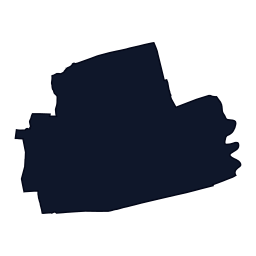 Suceveni, Galati, Romania
{"feature_id": "2599482B11072289553069", "entity_name": "Suceveni", "entity_type": "district", "adm_level": 2, "iso_a3": "ROU", "parent_name": "Romania", "parent_adm1": "Galati", "projection": "natural_earth1", "projection_center": [28.039, 45.986], "detail": "fine", "context": "isolated", "style": "filled", "palette": "ink", "viewbox_px": 256, "rotation_deg": 0, "n_neighbors": 0, "source": "geoboundaries", "source_scale": "gbopen_adm2", "svg_char_len": 4738}
<svg xmlns="http://www.w3.org/2000/svg" viewBox="0 0 256 256"><path d="M52.2,75.7L52.2,75.9L52.1,76.1L52.2,77.6L52.2,78.3L52.1,78.9L52.1,79.5L51.7,82.6L51.7,82.9L51.7,83.4L51.8,83.8L52.1,85.2L52.2,85.3L52.2,85.5L52.2,85.8L52.2,86.7L52.3,87.4L52.5,88.5L52.7,89.2L53.5,90.3L54.3,93.0L55.0,93.8L56.9,95.6L57.1,96.1L57.3,97.4L57.2,100.4L57.2,102.1L57.0,104.2L56.7,105.6L55.9,108.2L55.6,109.7L55.8,111.7L56.0,114.1L56.6,116.3L49.6,116.3L50.0,114.2L43.5,114.0L40.2,113.9L35.6,113.9L32.5,113.9L32.0,115.0L31.6,116.0L31.0,118.4L30.7,119.1L30.4,119.7L29.8,121.0L29.7,121.5L29.7,122.0L29.9,122.9L30.0,123.4L30.3,124.8L30.7,126.1L30.7,126.4L30.5,126.8L30.0,127.6L29.9,127.9L30.0,128.4L30.0,128.7L29.8,128.9L29.4,129.1L28.9,129.1L27.6,128.7L27.1,128.6L26.3,128.9L25.7,129.4L25.3,129.8L25.1,130.2L23.4,130.2L20.0,130.3L18.6,130.2L17.0,130.0L16.5,129.9L16.4,130.7L15.4,138.2L15.4,138.3L16.4,138.3L18.1,138.4L18.5,138.5L20.1,138.6L20.5,138.6L22.2,138.7L22.4,138.7L23.0,138.7L24.7,147.4L25.6,152.0L25.7,152.6L25.6,152.9L25.4,157.9L25.5,158.2L25.4,158.4L25.3,158.9L25.2,159.3L25.1,161.9L24.9,165.4L24.9,166.3L24.8,166.8L22.7,174.7L21.7,178.4L21.6,178.9L21.6,179.2L21.7,179.4L22.3,182.8L23.2,187.3L24.1,191.7L24.4,191.6L27.7,191.4L33.9,191.0L37.9,191.0L38.1,191.7L38.2,191.9L38.1,192.9L38.2,194.8L38.4,195.5L38.6,197.3L38.7,197.9L39.3,200.1L39.6,201.3L40.2,203.0L40.5,205.0L41.7,209.6L42.3,213.1L43.4,213.2L45.6,213.0L48.5,212.8L51.0,212.7L51.6,213.0L52.0,212.9L52.5,212.7L53.2,212.3L54.1,212.0L55.3,211.9L56.4,212.9L56.5,213.0L61.7,212.6L63.1,212.5L67.3,212.1L69.4,212.0L72.1,211.8L76.6,211.5L77.1,211.5L78.1,211.4L78.6,211.4L81.6,211.2L85.2,211.0L99.8,211.2L105.8,211.1L106.9,211.1L108.3,211.1L110.4,210.7L112.0,210.3L113.6,209.8L115.3,209.4L116.9,209.2L119.1,208.6L122.9,207.5L123.6,207.3L126.9,206.6L132.4,205.2L134.1,204.8L141.4,202.9L162.2,198.0L177.4,194.5L177.9,194.4L185.9,192.6L194.1,190.5L202.0,188.4L213.0,185.6L212.6,184.7L222.8,180.9L227.0,179.2L232.7,177.0L234.2,176.2L235.7,175.3L235.6,175.2L235.3,174.5L235.0,173.5L234.9,172.9L234.9,172.2L235.1,171.4L235.3,170.7L235.6,170.2L236.1,169.5L236.7,168.9L237.3,168.3L238.0,167.7L238.8,167.1L239.6,166.5L240.2,165.9L240.4,165.6L240.6,165.1L240.6,164.5L240.5,164.0L240.3,163.4L239.9,162.7L239.4,162.1L239.0,161.7L238.5,161.2L237.6,160.6L237.0,160.3L236.1,159.7L235.2,159.3L234.3,158.9L233.2,158.3L232.3,157.8L231.6,157.4L231.1,157.0L230.8,156.6L230.4,156.3L230.0,155.8L229.8,155.3L229.7,154.9L230.0,154.2L230.4,153.7L230.7,153.4L231.1,153.0L231.6,152.7L232.3,152.3L233.0,151.8L233.8,151.3L234.6,150.8L235.3,150.4L236.1,149.8L236.6,149.5L237.1,149.0L237.5,148.6L237.8,148.2L238.0,147.7L238.3,147.2L238.4,146.8L238.5,146.2L238.6,145.2L238.5,144.6L238.4,143.9L238.2,143.5L238.0,143.1L237.6,142.8L237.2,142.7L236.7,142.6L236.0,142.6L235.4,142.6L234.6,142.8L233.8,143.1L232.8,143.4L231.8,143.7L230.7,144.0L229.6,144.2L228.5,144.3L227.4,144.4L226.6,144.4L225.9,144.4L225.4,144.1L224.9,143.8L224.8,143.3L224.7,142.8L224.8,141.5L224.8,141.0L225.1,139.8L225.3,138.8L225.5,137.9L225.7,137.2L226.1,136.5L226.6,135.9L227.1,135.4L227.5,135.2L228.3,134.9L229.0,134.6L229.6,134.2L230.3,133.8L231.2,133.1L232.1,132.3L232.6,131.6L233.0,131.1L233.4,130.4L233.8,129.6L234.2,128.7L234.6,128.0L234.9,127.1L235.1,126.2L235.5,124.8L235.6,124.0L235.7,123.4L235.6,122.7L235.5,122.2L235.3,121.6L234.9,121.3L234.5,120.9L233.8,120.7L233.1,120.4L232.6,120.3L231.9,120.2L230.8,120.1L229.2,119.9L228.4,119.8L227.5,119.7L226.9,119.4L226.4,119.1L226.0,118.7L225.7,118.2L225.3,117.3L224.9,116.4L224.4,115.4L223.8,114.5L223.2,113.6L222.7,112.6L222.4,111.7L222.2,110.8L222.1,109.8L222.0,108.5L221.9,107.5L221.8,106.4L221.6,105.6L221.5,104.8L221.1,104.0L220.9,103.3L220.4,102.3L219.8,101.3L219.5,101.2L218.9,100.1L218.3,99.4L217.5,98.2L216.7,97.1L216.5,96.8L215.9,96.8L215.0,96.8L213.3,96.6L212.8,96.5L211.7,96.3L210.7,95.7L208.9,95.6L196.7,99.4L183.4,104.5L176.4,107.2L175.9,107.4L174.6,105.1L171.3,99.1L170.8,97.7L170.4,96.0L170.8,95.2L170.5,94.8L169.7,92.9L169.7,92.2L169.4,91.2L168.8,89.4L167.6,82.6L166.6,79.9L164.2,80.5L163.9,79.5L163.5,77.7L161.0,67.4L158.2,56.0L157.9,54.8L157.1,51.2L156.1,48.4L155.6,47.1L153.8,42.8L152.5,43.0L149.6,43.6L144.6,44.7L139.4,46.0L129.7,48.2L126.2,49.2L119.4,50.7L116.8,51.2L109.5,52.8L98.6,55.7L97.0,56.2L90.9,58.5L83.4,61.2L77.5,63.3L75.7,63.7L75.3,63.9L75.0,63.8L75.0,63.7L74.0,63.3L73.2,63.6L72.7,63.9L72.8,64.1L72.5,64.7L72.0,65.1L71.9,65.1L71.2,66.0L70.0,66.8L68.5,67.5L67.7,67.8L67.2,68.2L67.0,68.5L66.7,68.5L66.8,68.7L66.5,69.1L66.0,69.6L65.9,69.5L65.3,70.2L65.4,70.3L65.2,70.4L64.5,71.1L64.3,71.4L64.2,72.0L63.3,72.6L62.6,73.0L62.0,73.3L60.9,73.8L60.2,73.9L59.0,73.7L57.9,73.7L57.2,73.7L56.8,73.7L53.6,75.4L53.2,75.5L52.2,75.7Z" fill="#0f172a" stroke="#020617" stroke-width="1.5"/></svg>